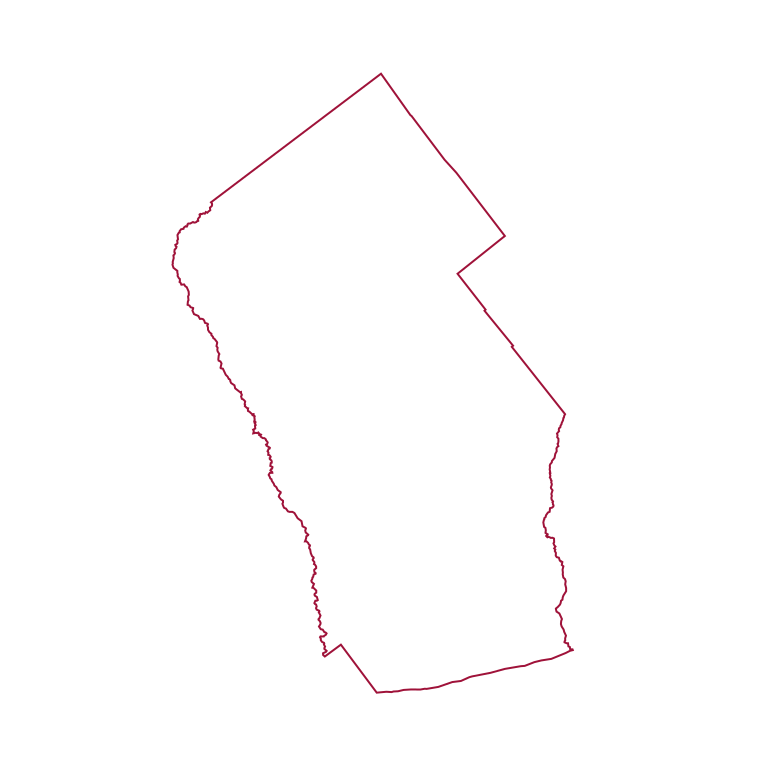 Lobería, Buenos Aires, Argentina (Mercator projection), rotated 9°
{"feature_id": "61730980B76511587081285", "entity_name": "Lobería", "entity_type": "district", "adm_level": 2, "iso_a3": "ARG", "parent_name": "Argentina", "parent_adm1": "Buenos Aires", "projection": "mercator", "projection_center": [-58.449, -38.07], "detail": "fine", "context": "isolated", "style": "outline", "palette": "rose", "viewbox_px": 768, "rotation_deg": 9, "n_neighbors": 0, "source": "geoboundaries", "source_scale": "gbopen_adm2", "svg_char_len": 6163}
<svg xmlns="http://www.w3.org/2000/svg" viewBox="0 0 768 768"><g transform="rotate(9 384 384)"><path d="M425.1,690.0L434.5,687.6L439.7,687.1L441.6,686.2L445.9,685.3L451.2,683.1L458.8,681.4L467.7,680.1L472.0,678.6L473.7,678.5L485.0,674.7L498.1,667.7L506.4,665.3L514.2,660.2L516.8,659.0L534.4,652.6L547.9,646.5L563.3,641.3L567.1,640.4L576.0,635.2L582.7,632.4L592.3,629.3L605.5,621.3L609.5,618.4L612.1,617.3L611.7,616.6L609.4,616.9L608.7,614.7L607.2,614.3L606.3,611.3L605.0,611.5L602.7,610.9L602.6,609.9L603.1,609.0L602.7,606.8L603.1,604.1L600.8,600.7L599.8,598.4L597.4,595.7L596.3,593.4L596.1,590.4L596.5,588.3L593.1,583.2L590.0,581.8L589.0,579.4L588.9,578.9L590.5,577.1L592.3,574.4L592.7,572.9L592.8,570.3L594.0,569.1L593.9,566.9L594.3,564.8L596.3,560.2L595.8,557.0L594.3,553.5L594.3,550.4L593.3,548.4L591.4,547.1L590.3,544.0L590.2,542.3L589.4,539.4L589.7,536.0L587.9,534.9L588.0,531.9L586.3,531.2L586.1,531.5L585.2,530.8L583.9,528.2L581.7,528.0L580.5,526.7L580.2,523.9L578.8,522.2L579.1,520.7L577.8,519.8L578.8,517.7L577.6,516.9L576.3,514.8L576.8,513.7L576.1,510.0L574.5,509.5L572.9,509.9L571.4,509.4L569.7,509.4L569.3,509.8L568.4,509.1L569.0,508.6L568.2,508.3L569.1,506.8L566.8,505.8L566.7,503.1L565.9,500.8L564.5,500.1L563.0,495.8L563.2,493.2L563.5,492.6L563.3,491.5L564.5,490.0L564.5,488.4L566.0,485.3L567.6,484.3L567.4,480.7L569.5,479.7L570.4,478.5L570.4,477.2L569.7,476.5L569.3,474.7L568.9,474.4L569.3,473.5L567.7,472.0L567.1,470.3L567.3,468.3L566.5,466.5L567.1,462.6L565.4,461.0L565.0,460.0L565.5,457.3L565.3,456.3L564.5,454.9L564.7,453.6L564.5,453.1L563.9,452.8L563.5,451.5L562.4,450.4L562.7,448.7L562.0,447.0L562.3,446.1L561.6,445.8L561.8,444.6L561.0,442.5L561.0,440.6L560.5,438.7L560.7,437.3L562.0,435.2L561.9,433.8L564.0,430.3L564.1,426.2L565.1,423.4L564.4,420.6L565.0,419.1L566.0,418.1L564.8,416.0L565.2,415.4L565.3,413.6L564.8,410.7L563.4,409.5L563.4,407.4L562.6,405.9L564.3,403.1L563.8,402.1L563.8,400.4L564.9,399.2L564.9,397.5L565.6,396.0L565.6,394.8L566.5,391.8L566.5,389.5L566.9,389.1L567.0,387.0L567.6,385.5L504.4,327.3L505.5,326.0L471.8,295.9L472.7,294.7L439.4,263.6L480.2,218.9L422.5,164.1L408.8,153.1L369.2,114.9L368.1,114.4L332.5,78.0L184.7,231.6L185.8,232.5L186.2,234.0L186.0,235.3L184.5,237.0L185.2,239.6L183.7,241.0L182.7,242.5L181.1,242.0L180.4,243.8L178.9,243.7L177.4,244.7L176.1,244.7L175.4,245.3L175.3,245.7L176.0,246.6L175.8,248.1L175.1,248.7L174.4,250.3L175.0,251.9L174.7,252.2L173.8,252.5L173.3,253.4L172.3,254.0L171.2,254.3L170.0,253.9L167.5,255.8L165.6,256.1L164.9,257.2L165.1,258.1L164.6,259.4L163.4,259.2L161.8,260.9L161.7,262.1L159.4,262.9L158.2,265.1L158.5,266.2L157.6,266.8L156.7,269.2L157.9,273.3L157.3,274.7L158.0,277.0L157.6,278.0L156.1,279.2L156.6,280.3L157.6,280.9L157.4,282.4L156.2,284.0L156.3,286.5L157.1,287.4L156.7,288.9L155.9,289.9L156.6,292.5L156.2,296.6L156.6,297.8L156.4,299.2L157.9,302.2L162.2,304.6L162.4,306.1L163.2,308.1L163.2,309.5L164.8,311.5L165.9,312.2L166.3,314.1L166.1,315.2L167.1,315.7L168.3,317.6L171.0,316.9L172.5,318.6L174.0,319.2L176.6,323.3L177.3,326.5L176.8,328.1L177.8,331.9L177.4,332.9L177.6,336.5L179.7,337.0L180.9,338.4L183.6,338.8L183.7,339.7L183.3,341.4L185.4,344.7L189.9,345.8L192.0,348.5L193.8,348.1L195.4,348.4L196.5,349.5L197.6,351.6L200.5,352.1L200.8,352.6L200.3,354.0L201.3,355.7L201.7,358.0L203.4,360.1L205.7,361.4L205.8,362.6L207.7,364.2L208.3,365.5L209.5,365.9L212.5,368.7L212.8,369.3L212.6,372.8L214.0,374.2L214.0,376.3L214.6,377.8L216.7,380.2L216.3,381.7L216.5,385.6L217.0,386.8L218.9,387.3L220.3,389.1L220.0,393.6L220.5,394.0L222.5,394.1L226.3,399.7L228.4,401.2L229.9,403.3L230.5,403.3L231.6,404.3L231.8,405.4L232.9,407.0L236.5,408.7L237.7,411.6L243.3,414.7L244.0,414.3L244.3,415.5L245.3,417.0L244.8,418.6L245.9,420.9L247.5,421.3L249.6,422.9L249.5,425.7L250.1,426.3L250.0,427.6L252.5,429.2L253.6,429.3L253.5,430.7L254.0,432.0L255.4,432.4L258.5,434.5L259.9,434.1L260.1,434.9L259.5,435.5L260.0,435.7L260.4,435.4L261.4,436.1L261.2,437.6L261.8,439.0L261.7,441.4L262.8,441.3L263.1,441.8L263.0,442.4L262.5,442.3L262.5,443.2L263.7,444.6L263.1,445.4L263.8,448.1L262.5,449.1L262.5,449.9L262.1,449.9L262.8,451.1L262.6,453.2L264.9,452.3L267.0,452.3L267.4,451.6L268.3,452.3L268.7,453.9L269.5,453.8L270.1,453.1L270.5,453.3L270.0,454.2L270.3,455.2L272.7,456.4L274.4,456.2L276.0,457.2L276.2,458.0L277.9,459.4L278.3,460.0L277.9,461.8L277.0,462.3L277.6,463.3L281.2,464.8L281.2,465.6L280.0,466.5L279.8,468.2L279.5,468.6L280.6,469.8L280.7,472.1L282.0,472.2L283.4,473.5L283.2,474.8L282.7,475.1L283.0,476.1L284.7,477.1L285.2,477.9L285.4,479.3L284.5,479.8L284.5,482.7L286.8,483.4L286.9,484.1L286.5,485.4L285.8,485.8L285.3,487.0L287.4,488.5L287.6,489.2L285.2,489.6L284.3,491.7L284.5,492.2L285.5,493.2L286.4,495.0L287.8,495.7L288.3,497.1L290.8,499.8L291.6,501.4L293.8,502.7L295.6,505.3L298.9,507.0L299.0,507.7L297.9,509.9L297.7,511.7L300.3,514.1L302.5,515.1L302.8,516.9L302.4,518.2L304.0,521.0L304.8,522.0L306.7,522.4L309.0,524.8L310.7,525.1L313.5,524.6L315.7,525.4L319.7,530.1L324.0,532.4L325.8,537.3L329.1,538.4L329.5,539.0L329.1,541.0L329.9,542.9L332.8,544.7L332.7,545.2L331.1,546.6L331.2,548.7L330.6,551.8L332.0,551.5L334.0,552.9L334.9,554.3L336.1,554.9L336.0,556.1L335.6,556.7L335.8,557.9L336.9,558.9L338.2,562.6L339.9,565.3L341.5,566.2L341.8,566.8L341.0,568.5L341.2,569.1L343.0,570.7L343.2,571.5L343.0,572.8L344.1,573.2L345.5,574.8L345.8,576.5L344.2,578.3L344.2,579.1L344.7,580.6L346.1,581.5L346.1,582.1L344.3,583.2L344.2,585.6L343.6,586.3L343.7,587.6L343.0,589.7L343.6,590.9L346.1,592.4L345.1,596.4L346.4,596.5L349.4,598.6L349.7,600.7L348.4,602.0L348.3,603.1L349.0,604.0L351.0,604.8L352.4,607.8L351.5,608.6L350.1,608.8L349.5,611.3L350.3,612.1L351.4,612.4L352.3,614.2L351.9,616.0L352.8,617.4L355.5,618.1L355.8,618.8L355.3,619.7L357.5,622.6L356.8,625.5L356.1,626.5L356.2,627.1L357.8,628.3L358.8,630.0L358.7,631.4L357.7,633.7L359.9,636.1L361.9,636.2L364.0,638.5L365.1,638.5L366.3,639.3L365.8,640.8L364.2,642.2L364.0,642.8L360.8,643.2L360.4,644.1L361.4,645.3L361.7,647.0L363.2,648.5L365.2,649.0L365.6,649.7L365.4,650.7L366.9,652.6L366.5,653.6L366.5,654.9L369.1,656.6L368.6,657.6L365.9,659.5L366.3,661.2L368.2,662.4L382.2,648.2L425.1,690.0Z" fill="none" stroke="#9f1239" stroke-width="2"/></g></svg>